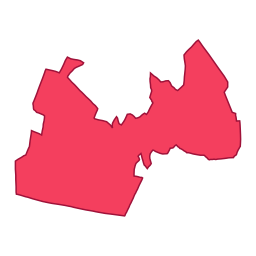 Al-Nasiriya, Dhi-Qar, Iraq (Equal Earth projection)
{"feature_id": "34846034B33180945258667", "entity_name": "Al-Nasiriya", "entity_type": "district", "adm_level": 2, "iso_a3": "IRQ", "parent_name": "Iraq", "parent_adm1": "Dhi-Qar", "projection": "equal_earth", "projection_center": [46.263, 31.12], "detail": "fine", "context": "isolated", "style": "filled", "palette": "rose", "viewbox_px": 256, "rotation_deg": 0, "n_neighbors": 0, "source": "geoboundaries", "source_scale": "gbopen_adm2", "svg_char_len": 4010}
<svg xmlns="http://www.w3.org/2000/svg" viewBox="0 0 256 256"><path d="M239.7,120.9L236.5,121.0L236.0,117.0L235.6,115.6L235.6,113.5L232.2,112.3L225.4,95.5L224.2,92.2L227.7,87.0L227.7,82.0L224.2,76.2L218.5,68.3L208.9,54.6L203.0,46.7L202.0,45.3L199.9,42.2L198.3,40.1L196.3,41.5L193.7,44.4L191.6,46.9L188.9,49.4L186.6,51.7L184.0,55.0L184.3,58.8L185.0,63.0L185.4,65.8L185.2,69.4L184.8,73.3L184.4,76.9L184.2,80.7L183.7,84.9L181.5,87.1L179.6,88.8L177.7,90.5L175.5,89.5L174.2,87.9L171.6,85.9L170.0,82.5L168.4,80.7L165.7,80.9L162.9,81.8L160.7,81.9L159.0,79.9L156.6,77.7L153.9,76.0L151.9,74.2L150.5,73.0L150.4,76.5L150.0,78.8L150.1,81.6L150.3,83.1L150.5,84.6L150.7,87.8L151.6,89.8L151.6,91.5L150.8,94.0L149.8,97.5L151.0,99.4L151.5,100.0L152.0,101.7L152.7,102.2L152.8,103.2L151.7,105.0L150.4,107.4L149.3,109.6L148.1,112.2L146.5,114.4L144.6,113.2L142.4,114.6L139.8,117.0L137.6,117.9L135.6,118.3L134.3,116.7L132.4,115.0L130.2,113.9L127.3,114.3L126.3,116.6L124.9,119.6L123.6,121.8L121.4,124.9L119.8,124.2L119.0,123.6L118.1,120.7L117.5,118.1L116.5,116.7L114.4,119.7L112.5,123.3L112.2,125.8L112.5,128.0L110.4,125.0L108.2,123.1L106.6,121.7L102.6,120.6L98.7,119.9L96.1,119.2L94.7,118.8L94.1,118.0L95.1,115.2L96.2,112.5L97.4,109.9L97.7,108.6L95.4,105.7L92.8,103.5L90.8,101.1L88.3,98.7L86.1,96.7L83.9,94.4L81.7,92.2L79.8,90.5L77.2,87.6L74.6,84.8L71.7,82.1L69.8,79.9L68.2,78.2L67.5,77.3L67.8,76.1L69.9,73.1L72.3,70.8L74.3,68.5L76.3,67.3L79.6,65.9L82.6,64.5L83.6,62.8L80.4,60.7L77.7,60.0L73.7,59.4L70.8,58.8L67.4,57.1L65.4,60.4L63.7,64.4L61.5,69.0L59.3,72.8L55.6,71.4L52.8,70.7L46.0,69.2L45.2,70.8L44.6,72.7L42.5,78.5L39.6,86.0L38.0,90.3L37.3,92.4L35.6,96.8L33.8,101.3L33.0,103.1L33.0,104.2L33.3,105.7L33.5,108.5L33.8,109.6L35.3,110.7L36.1,111.7L36.8,112.4L38.4,112.8L41.7,114.2L43.3,114.9L44.5,115.8L44.5,117.5L44.1,120.7L43.3,124.0L43.1,127.1L42.2,131.2L41.6,135.0L38.7,133.5L34.0,131.7L31.5,130.6L31.3,133.2L30.2,140.1L29.4,146.7L28.6,148.2L27.5,150.8L25.8,155.0L23.9,155.7L21.4,157.4L19.6,158.4L18.0,159.3L15.4,161.1L15.4,164.4L15.4,169.2L15.8,175.3L15.8,179.4L16.1,186.7L16.1,192.2L16.4,194.2L17.3,194.3L20.7,195.2L25.5,196.7L27.8,197.2L32.8,198.8L38.7,200.4L43.1,201.6L44.3,201.8L46.0,202.2L49.5,202.9L52.1,203.4L54.9,203.8L57.7,204.2L60.2,204.6L65.0,205.4L68.4,206.1L71.2,206.6L73.7,207.3L80.6,208.8L85.9,209.9L93.1,211.1L95.7,211.7L99.0,212.3L105.2,213.4L111.2,214.1L124.6,215.9L124.9,215.6L125.6,213.7L126.5,212.3L127.3,210.5L128.1,208.9L129.0,207.1L129.9,204.8L131.0,202.8L132.1,200.4L133.1,198.4L134.0,196.1L134.8,194.3L135.6,193.0L136.5,191.0L137.4,189.4L138.5,186.8L139.1,185.4L139.9,183.8L140.9,181.8L141.8,180.0L142.6,178.0L141.8,177.4L140.5,177.4L139.3,177.1L138.0,176.7L136.1,176.3L134.1,176.1L134.0,174.4L134.2,169.5L134.6,167.8L135.1,165.8L135.9,163.5L137.2,162.1L139.0,160.5L139.5,159.5L138.9,157.8L138.1,156.2L138.7,155.4L140.9,153.5L141.6,155.8L141.8,156.8L142.2,158.4L142.9,160.6L143.5,162.9L144.2,165.0L145.3,166.0L146.6,167.7L147.3,168.6L148.6,166.7L150.0,165.4L151.2,163.6L151.0,162.7L150.5,161.0L149.8,158.5L149.7,156.1L150.2,153.7L151.2,152.2L152.7,150.2L153.6,150.2L155.4,151.4L157.6,152.3L160.1,153.3L162.4,153.9L163.6,153.9L164.9,153.8L166.0,153.8L167.3,153.6L167.8,153.0L168.6,151.5L169.5,149.8L170.2,148.2L170.7,148.2L172.4,148.0L173.1,147.8L174.0,146.9L175.0,145.7L176.2,144.9L177.1,145.8L177.9,146.7L178.9,147.3L180.0,148.5L181.2,148.9L182.7,149.8L184.0,150.8L185.7,151.7L186.7,152.7L188.4,152.7L190.6,153.2L193.0,153.9L195.1,154.3L197.3,154.7L200.3,155.2L202.2,155.2L203.1,155.2L204.2,155.3L205.1,156.1L205.7,156.8L206.7,157.5L207.5,158.4L208.1,159.1L209.2,159.8L210.8,159.4L212.1,159.5L214.0,159.2L215.8,159.5L217.6,159.1L220.7,158.9L225.0,158.4L228.9,157.8L233.5,157.6L233.8,157.0L234.0,156.5L234.4,156.2L235.0,155.7L235.6,155.3L236.3,154.8L236.7,153.7L237.0,152.5L238.0,150.3L239.2,148.2L239.6,147.4L240.0,146.8L240.3,146.3L240.3,145.5L240.4,144.2L240.5,142.1L240.6,139.2L240.5,135.0L240.3,130.0L240.0,123.9L239.8,121.6L239.7,120.9Z" fill="#f43f5e" stroke="#9f1239" stroke-width="1.5"/></svg>